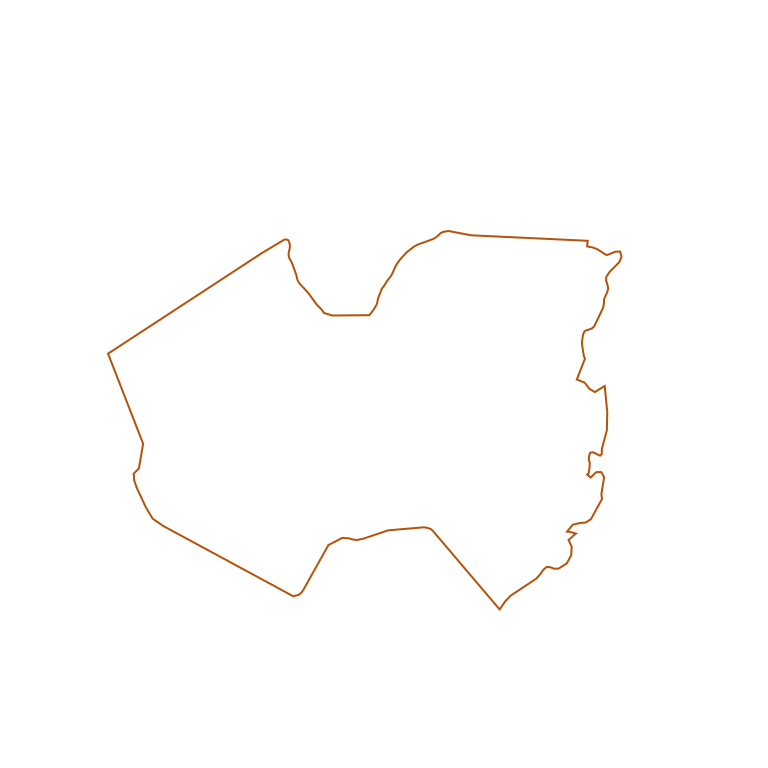 the border of Agnéby, rotated 32°
{"feature_id": "CIV-3451", "entity_name": "Agnéby", "entity_type": "Department", "adm_level": 1, "iso_a3": "CIV", "parent_name": "Ivory Coast", "parent_adm1": "", "projection": "natural_earth1", "projection_center": [-3.837, 6.123], "detail": "fine", "context": "isolated", "style": "outline", "palette": "amber", "viewbox_px": 768, "rotation_deg": 32, "n_neighbors": 0, "source": "natural_earth", "source_scale": "10m", "svg_char_len": 1917}
<svg xmlns="http://www.w3.org/2000/svg" viewBox="0 0 768 768"><g transform="rotate(32 384 384)"><path d="M335.1,333.4L335.8,326.9L335.7,321.0L335.1,318.5L333.5,314.2L331.7,304.4L332.1,299.7L332.0,294.6L332.6,289.5L332.6,286.7L331.5,278.8L331.3,275.9L331.6,270.2L333.5,259.9L336.8,251.2L339.0,247.5L348.9,235.0L350.6,231.4L351.6,228.1L352.1,225.7L354.3,222.9L357.8,220.0L379.1,211.7L480.9,154.6L483.3,159.7L488.3,157.7L494.0,156.6L502.7,156.8L504.7,156.6L510.3,149.0L514.1,146.6L518.1,150.4L518.9,156.2L515.9,169.4L515.7,175.2L517.2,178.2L522.1,182.6L523.7,184.5L524.6,188.0L525.7,195.5L527.6,198.7L529.4,203.1L531.7,223.7L530.9,226.7L528.9,229.3L527.0,231.4L526.1,233.0L526.6,236.4L527.6,239.1L528.6,241.0L529.0,242.3L530.7,245.2L538.4,254.1L541.0,256.0L545.1,278.0L553.4,276.5L560.8,279.3L567.1,279.1L572.2,268.7L588.5,289.9L597.5,305.1L603.1,323.6L605.8,327.9L605.2,330.3L597.5,331.1L595.3,332.9L596.1,336.6L598.0,340.0L600.1,341.5L602.8,346.3L604.9,351.5L604.3,353.2L608.8,353.8L610.7,346.3L615.0,343.6L620.1,346.5L626.7,362.2L629.8,365.9L631.1,388.9L628.6,394.4L623.4,398.4L618.6,403.4L617.5,412.2L619.8,411.0L626.0,409.1L625.2,411.2L623.9,416.2L623.1,418.4L629.4,422.5L633.5,430.0L634.1,439.2L629.8,448.2L626.2,450.4L622.1,451.3L618.8,453.0L617.5,457.5L617.2,463.4L616.2,468.5L603.5,496.6L601.9,504.7L601.5,513.9L503.1,482.6L500.6,482.2L497.5,482.9L493.9,484.3L465.2,505.8L448.7,525.8L443.8,530.6L439.2,532.7L436.0,533.5L430.2,536.6L422.2,550.1L424.7,601.3L424.5,604.3L423.7,607.5L419.6,612.1L271.9,621.4L259.2,620.8L247.6,614.9L229.1,602.9L223.0,597.9L219.2,592.6L220.9,585.6L211.4,562.3L133.9,504.5L210.9,338.0L223.0,314.3L224.7,313.1L226.9,312.8L229.7,315.1L231.3,317.2L232.4,319.6L234.0,324.0L235.2,325.7L236.7,327.2L242.0,330.3L251.6,337.8L254.6,340.8L256.2,342.1L258.7,343.4L271.8,347.0L284.8,352.3L293.3,354.4L295.2,355.6L303.7,353.4L335.1,333.4Z" fill="none" stroke="#b45309" stroke-width="2"/></g></svg>